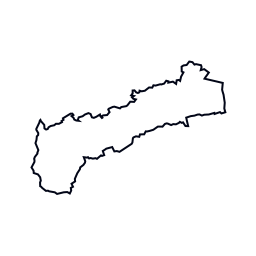 Canóvanas, Puerto Rico (Equal Earth projection), rotated 73°
{"feature_id": "32010507B23731839572395", "entity_name": "Canóvanas", "entity_type": "district", "adm_level": 2, "iso_a3": "PRI", "parent_name": "Puerto Rico", "parent_adm1": "", "projection": "equal_earth", "projection_center": [-65.891, 18.333], "detail": "fine", "context": "isolated", "style": "outline", "palette": "ink", "viewbox_px": 256, "rotation_deg": 73, "n_neighbors": 0, "source": "geoboundaries", "source_scale": "gbopen_adm2", "svg_char_len": 2565}
<svg xmlns="http://www.w3.org/2000/svg" viewBox="0 0 256 256"><g transform="rotate(73 128 128)"><path d="M94.7,209.4L95.1,210.1L96.9,211.2L102.0,215.9L102.9,216.2L106.6,215.3L108.5,216.0L109.3,217.6L112.6,219.0L115.4,220.9L122.9,220.2L125.3,222.0L126.0,222.1L128.5,225.6L130.1,226.8L131.3,226.8L133.1,227.4L137.5,231.8L141.2,230.8L143.5,231.3L146.0,227.7L149.4,226.4L152.9,226.8L154.3,228.0L158.0,229.0L158.8,228.2L160.2,227.6L164.1,224.9L164.6,222.8L165.5,221.9L168.1,216.8L170.3,215.1L170.7,208.2L171.5,204.8L173.6,202.8L171.2,200.6L168.6,200.2L168.1,197.8L164.8,198.3L163.6,194.2L161.1,193.7L156.4,189.7L153.4,186.1L151.7,185.2L150.3,181.5L148.6,179.3L147.3,178.6L143.0,178.8L144.4,175.7L144.2,174.8L145.7,174.1L145.8,172.5L147.0,170.6L147.4,167.8L148.4,166.7L146.3,161.8L147.1,161.1L147.0,158.7L142.6,158.8L141.9,156.2L141.4,154.8L141.6,149.4L141.6,148.7L146.4,147.9L146.8,145.4L148.3,143.1L144.2,129.1L143.1,128.0L139.2,126.3L138.6,125.5L138.3,122.8L139.7,119.8L137.6,118.4L138.8,114.4L136.4,112.0L136.9,110.8L137.1,108.2L137.1,104.3L135.4,99.1L135.7,97.9L136.8,94.6L134.9,91.5L134.9,89.7L135.4,88.7L137.8,85.9L137.5,83.6L138.5,81.1L138.0,77.8L137.3,76.6L138.8,75.1L138.7,73.7L142.9,72.5L143.8,69.9L138.7,69.6L135.1,69.3L135.0,64.5L135.6,60.8L135.5,57.6L135.9,55.7L137.7,53.7L137.6,51.2L138.7,46.8L138.8,41.0L139.9,41.1L139.7,35.4L141.4,34.4L141.4,30.3L137.5,30.2L132.1,28.1L124.1,26.9L120.8,26.9L118.9,26.8L112.6,24.2L103.2,40.4L102.5,39.6L98.6,34.5L94.0,37.9L93.9,41.5L91.2,39.8L89.3,39.8L86.8,44.3L86.8,45.9L83.9,47.1L82.7,49.3L82.4,50.0L84.9,53.5L84.4,56.6L85.0,58.8L89.7,60.1L91.0,58.7L94.4,62.2L98.2,64.4L96.9,65.4L96.6,67.5L99.9,69.1L96.8,71.5L96.4,76.2L95.2,75.7L94.0,77.6L96.1,80.5L96.1,83.4L95.6,84.4L95.5,89.2L94.6,91.2L96.5,93.0L95.4,96.0L97.3,101.0L96.9,104.2L95.7,106.0L97.2,106.7L97.4,108.3L96.4,109.7L93.9,110.8L93.5,112.6L96.2,113.4L97.7,115.4L99.1,113.0L99.8,115.2L101.7,114.3L103.0,112.1L104.8,114.5L103.5,118.2L106.2,122.0L106.6,123.3L106.0,128.3L106.9,129.9L103.6,134.8L103.4,136.5L104.0,140.9L104.6,141.5L107.4,141.0L109.5,144.2L108.7,148.1L109.0,149.8L110.6,149.4L110.8,150.0L108.6,151.0L106.9,150.9L108.0,155.0L108.3,157.7L107.2,159.4L103.7,159.7L102.2,161.5L102.5,165.2L103.5,168.0L103.4,172.0L105.7,173.7L106.7,173.0L105.7,175.3L104.2,176.9L102.3,177.1L100.1,178.5L99.6,176.4L98.0,177.0L97.5,178.8L99.7,187.4L101.3,187.3L101.9,189.5L103.1,189.4L103.8,192.9L102.9,195.7L103.8,197.7L103.5,201.4L104.1,203.7L105.5,205.1L105.5,206.8L104.0,208.0L100.5,207.2L95.9,209.3L94.7,209.4Z" fill="none" stroke="#020617" stroke-width="2"/></g></svg>